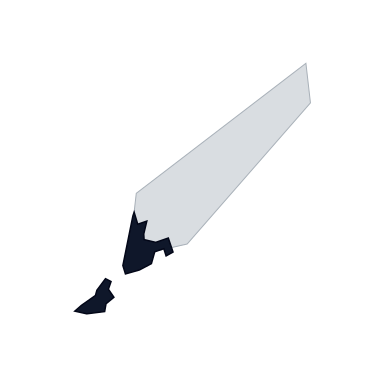 where East End sits in Anguilla, rotated 161°
{"feature_id": "AIA-5115", "entity_name": "East End", "entity_type": "District", "adm_level": 1, "iso_a3": "AIA", "parent_name": "Anguilla", "parent_adm1": "", "projection": "mercator", "projection_center": [-62.977, 18.266], "detail": "fine", "context": "in_parent", "style": "filled", "palette": "ink", "viewbox_px": 384, "rotation_deg": 161, "n_neighbors": 0, "source": "natural_earth", "source_scale": "10m", "svg_char_len": 652}
<svg xmlns="http://www.w3.org/2000/svg" viewBox="0 0 384 384"><g transform="rotate(161 192 192)"><path d="M245.1,208.9L42.4,276.6L51.0,237.7L213.5,144.4L272.8,151.0L245.1,208.9Z" fill="#d9dde1" stroke="#a8b0b8" stroke-width="1"/><path d="M229.5,141.4L237.3,140.0L237.1,147.6L246.7,147.6L253.7,137.5L267.1,135.4L281.6,136.2L281.3,145.0L255.7,188.6L253.3,191.7L253.8,179.2L244.2,179.2L251.3,168.0L252.8,162.6L242.7,156.2L229.4,156.2L229.5,141.4ZM300.1,117.9L309.7,114.3L313.5,107.4L331.2,111.1L341.6,117.5L333.5,120.8L317.0,125.6L313.9,130.1L302.0,138.2L297.7,133.7L302.7,127.3L300.1,117.9Z" fill="#0f172a" stroke="#020617" stroke-width="1.5"/></g></svg>